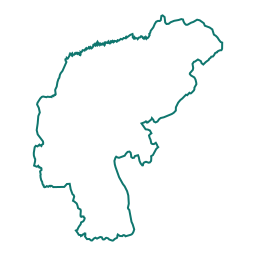 Nalae, Louang Namtha, Laos (Equal Earth projection), rotated 180°
{"feature_id": "54806243B58985543260774", "entity_name": "Nalae", "entity_type": "district", "adm_level": 2, "iso_a3": "LAO", "parent_name": "Laos", "parent_adm1": "Louang Namtha", "projection": "equal_earth", "projection_center": [101.371, 20.533], "detail": "fine", "context": "isolated", "style": "outline", "palette": "teal", "viewbox_px": 256, "rotation_deg": 180, "n_neighbors": 0, "source": "geoboundaries", "source_scale": "gbopen_adm2", "svg_char_len": 5885}
<svg xmlns="http://www.w3.org/2000/svg" viewBox="0 0 256 256"><g transform="rotate(180 128 128)"><path d="M216.2,143.5L217.7,139.9L218.3,132.7L219.3,125.9L218.3,121.6L213.1,114.7L212.8,113.3L212.9,112.0L214.5,111.1L214.4,110.5L214.6,110.0L215.7,110.8L216.2,110.6L216.7,111.3L218.5,109.6L220.2,110.2L221.3,108.8L222.2,103.2L222.2,101.7L222.1,100.3L221.2,97.6L220.8,96.9L220.9,94.8L221.9,90.4L219.3,89.3L218.7,89.4L217.8,90.2L216.9,88.7L216.4,88.9L215.9,88.2L215.0,88.1L214.6,87.7L214.5,86.0L215.6,85.1L215.9,84.5L215.3,81.3L215.6,80.7L215.4,78.4L214.7,75.6L213.9,74.3L213.5,72.2L212.8,70.8L212.3,70.6L212.2,69.3L211.5,68.8L210.4,69.0L209.2,69.9L207.8,69.2L206.7,70.1L206.0,70.1L205.7,69.7L205.1,70.2L204.3,70.1L202.7,68.9L191.7,69.1L189.1,72.0L186.3,72.2L185.3,66.7L183.5,61.8L182.3,60.8L181.8,59.4L183.0,55.2L181.7,54.5L179.3,52.5L178.5,50.4L177.9,47.8L175.5,46.5L175.2,45.2L175.5,40.9L175.3,39.5L174.7,39.2L174.3,39.6L172.5,39.5L172.4,38.9L171.6,38.3L171.3,37.8L171.7,36.3L172.7,34.7L174.9,33.6L175.4,31.6L177.0,29.5L178.3,27.1L178.5,26.2L180.1,25.5L178.0,22.6L177.4,21.4L177.0,21.1L175.1,20.9L175.0,20.0L173.6,20.7L172.9,21.7L172.1,21.8L171.5,22.6L170.7,22.5L170.6,21.1L171.0,19.6L170.2,18.4L169.0,16.9L166.7,17.0L164.8,15.5L163.8,15.6L162.2,17.4L160.6,18.3L159.0,17.4L155.8,19.0L154.2,18.7L153.3,16.8L152.8,16.5L151.5,16.7L150.1,18.1L149.5,18.2L147.8,17.6L146.8,16.5L143.7,15.4L142.7,15.6L141.3,17.0L139.0,18.2L138.7,19.0L138.6,20.5L138.2,21.5L136.1,20.0L133.7,19.9L132.8,20.8L132.2,20.9L131.3,20.6L130.5,19.7L125.7,21.1L124.4,21.6L123.5,22.5L122.5,24.3L121.8,26.6L123.3,31.6L124.5,34.2L126.7,46.0L127.8,47.3L128.1,48.2L127.2,52.3L127.7,60.5L128.9,64.8L131.3,69.6L133.2,72.1L136.9,78.8L140.5,89.0L141.2,91.7L141.6,95.1L140.5,98.4L139.8,99.3L138.6,98.6L137.0,98.2L131.3,100.3L130.0,102.4L128.4,104.1L126.5,104.4L125.4,103.3L124.9,100.9L124.8,99.1L123.4,98.0L121.9,98.3L121.1,99.9L118.0,100.8L117.2,98.7L116.5,95.1L115.3,92.5L113.7,90.6L113.1,90.7L112.7,92.6L111.7,93.6L110.0,94.2L107.3,93.3L106.1,93.6L104.9,95.1L104.7,98.2L104.9,99.8L103.1,100.9L99.8,107.0L97.8,108.9L98.5,109.7L99.0,111.1L100.2,113.2L102.1,111.9L103.7,112.0L104.7,112.7L105.5,116.4L106.3,118.0L107.0,120.5L106.2,121.5L104.6,122.7L106.1,125.5L108.1,126.4L110.4,126.7L114.5,132.6L111.0,133.9L110.3,134.6L109.5,134.5L109.0,133.4L108.3,133.5L104.5,136.7L104.1,137.9L102.7,136.2L102.0,134.4L100.4,133.6L98.5,134.5L96.9,136.8L95.3,138.0L92.2,138.7L84.2,142.0L82.3,143.2L80.2,145.4L80.1,148.7L77.8,153.4L75.6,156.0L73.7,157.5L70.0,161.3L68.8,160.8L66.6,163.2L65.8,162.6L65.0,162.7L63.7,163.9L62.1,165.6L61.6,166.8L61.6,168.3L59.6,171.8L59.8,173.6L60.5,176.4L61.7,178.6L65.1,180.6L66.2,182.0L66.1,182.8L63.2,186.1L62.8,188.0L63.5,192.1L62.1,194.2L61.1,194.4L58.1,196.5L55.2,194.9L54.4,192.8L52.7,191.5L50.3,193.9L47.3,196.1L46.8,197.2L45.4,198.2L44.7,199.3L43.1,199.5L42.0,200.8L40.8,203.0L39.2,203.6L39.3,203.8L37.8,205.0L36.1,205.7L34.6,205.8L33.9,207.2L33.8,213.4L35.3,214.0L37.0,216.1L38.5,218.5L40.2,220.2L42.1,221.4L43.7,226.6L46.4,228.5L51.2,230.3L52.2,232.8L56.3,235.7L58.9,236.3L62.6,234.1L64.9,233.3L68.4,231.3L69.9,231.2L71.3,232.4L72.5,234.6L73.0,236.5L74.7,236.9L77.4,236.0L81.8,235.2L85.3,233.8L87.3,232.2L89.5,232.0L90.8,233.5L91.4,238.9L93.4,240.6L94.6,240.1L95.2,235.9L96.2,235.0L98.0,235.1L99.8,234.3L101.2,232.1L102.7,228.6L105.3,225.2L105.8,223.2L106.8,222.0L106.3,221.0L107.5,218.8L108.5,217.8L108.9,217.7L109.8,218.7L110.0,217.3L111.1,218.2L112.0,217.2L112.2,217.4L112.0,218.5L113.1,218.0L113.9,219.4L114.9,219.8L115.7,218.7L117.0,218.5L118.3,216.9L118.8,217.7L120.1,217.9L120.6,217.5L120.9,217.6L121.4,218.6L121.8,217.8L121.6,217.4L121.9,217.2L122.4,217.8L122.3,218.5L122.8,218.2L123.2,218.5L123.2,220.8L123.5,222.0L125.7,221.1L128.9,218.7L129.6,219.4L129.9,219.3L130.0,219.0L129.4,219.0L129.4,218.7L130.1,217.7L132.4,218.0L133.7,216.6L135.2,217.1L137.3,215.3L138.3,215.8L139.1,214.7L138.9,213.6L139.7,214.8L141.5,215.1L141.8,214.4L143.0,215.0L143.0,213.9L143.6,214.2L143.7,215.0L144.0,215.0L144.5,213.9L145.2,214.4L145.2,213.6L145.8,212.9L146.1,213.1L146.0,213.6L146.3,213.6L146.5,212.7L147.0,212.9L147.7,214.5L148.0,214.1L148.0,213.4L148.5,213.0L150.0,213.4L150.5,212.8L150.7,213.1L150.6,213.7L151.2,213.6L151.3,212.3L151.6,212.0L151.2,211.1L151.5,210.7L151.8,211.2L151.7,211.7L152.7,211.5L153.2,212.6L153.7,212.3L153.9,211.5L155.0,211.2L155.4,211.6L155.4,212.3L156.0,213.2L155.8,212.1L156.2,211.3L156.5,212.0L157.4,212.1L157.1,212.8L157.9,213.2L158.5,214.3L159.0,213.5L157.8,212.4L157.9,211.7L158.5,212.2L158.5,211.5L158.6,211.3L159.2,211.7L159.2,210.7L159.9,211.1L160.5,210.4L160.8,210.8L160.3,211.8L160.3,212.2L160.9,212.4L161.3,211.8L161.9,211.6L162.0,210.9L162.7,211.0L162.8,210.5L162.5,210.2L162.7,209.8L163.6,208.4L164.6,207.5L165.5,207.8L165.6,208.2L165.3,208.9L165.7,209.2L166.3,208.5L167.0,208.8L167.1,207.6L167.8,207.9L168.6,207.5L169.2,207.7L169.3,206.8L169.6,206.5L170.0,206.8L169.7,207.1L169.8,207.4L170.1,207.0L170.3,207.2L171.2,205.7L171.5,206.1L172.1,205.6L173.4,205.8L174.0,204.5L174.8,203.6L175.3,203.9L175.2,203.4L175.7,202.6L175.4,201.5L175.7,200.8L176.3,201.0L176.5,202.0L177.4,202.1L177.4,202.5L177.1,203.0L178.0,203.2L178.6,202.0L179.0,202.2L178.9,203.1L179.1,203.2L179.5,202.7L180.0,203.0L180.4,202.2L180.6,202.1L180.8,202.8L181.0,202.8L181.2,202.0L181.8,201.3L182.9,201.4L183.2,200.9L183.7,202.5L184.1,202.0L184.6,202.2L184.7,201.0L185.8,202.1L185.9,201.6L186.3,201.6L186.6,200.2L188.2,197.4L188.4,197.3L189.3,198.1L189.4,197.4L190.6,196.7L190.4,195.2L189.8,194.7L189.6,193.9L193.5,185.1L195.3,182.8L196.1,181.1L196.7,178.2L197.6,176.9L198.6,173.7L199.3,169.4L200.7,166.5L200.8,165.5L200.3,161.8L200.7,161.1L201.3,161.3L202.1,160.6L202.4,160.0L203.0,160.4L204.2,159.6L204.4,159.0L205.0,159.3L205.8,159.0L208.5,159.3L209.6,158.8L212.9,159.5L214.2,159.1L215.7,157.6L218.5,153.2L218.9,151.5L217.2,148.1L216.2,143.5Z" fill="none" stroke="#0f766e" stroke-width="2"/></g></svg>